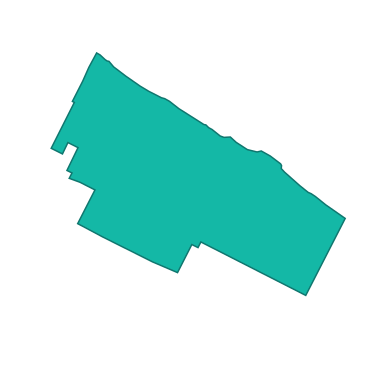 outline of Lincoln, Oregon, United States of America, rotated 117°
{"feature_id": "52423323B15619780159684", "entity_name": "Lincoln", "entity_type": "district", "adm_level": 2, "iso_a3": "USA", "parent_name": "United States of America", "parent_adm1": "Oregon", "projection": "robinson", "projection_center": [-123.957, 44.66], "detail": "fine", "context": "isolated", "style": "filled", "palette": "teal", "viewbox_px": 384, "rotation_deg": 117, "n_neighbors": 0, "source": "geoboundaries", "source_scale": "gbopen_adm2", "svg_char_len": 859}
<svg xmlns="http://www.w3.org/2000/svg" viewBox="0 0 384 384"><g transform="rotate(117 192 192)"><path d="M146.0,43.5L142.7,67.2L140.0,80.0L139.4,85.1L139.6,88.3L137.4,98.9L132.3,118.5L130.6,123.1L127.8,124.2L126.7,125.8L124.4,138.6L124.0,148.9L126.8,152.2L129.1,161.9L127.7,175.2L125.6,182.8L128.8,188.3L129.3,192.3L127.2,202.5L127.1,206.4L125.9,210.1L126.5,212.0L123.7,241.6L121.4,253.3L121.2,258.7L121.9,262.1L121.9,276.3L121.2,286.3L118.8,303.7L116.1,318.6L115.0,321.2L113.3,325.3L113.8,327.1L113.5,329.5L111.6,336.1L111.4,340.1L127.7,340.5L143.0,339.7L165.6,339.7L165.6,337.5L217.0,337.3L216.9,324.7L204.3,325.0L204.2,313.7L229.6,313.2L229.5,307.6L235.6,307.6L234.2,296.4L234.2,279.4L272.1,279.5L272.6,251.1L272.2,195.3L270.4,168.3L238.9,168.3L238.8,161.4L232.5,161.4L232.5,43.7L146.0,43.5Z" fill="#14b8a6" stroke="#0f766e" stroke-width="1.5"/></g></svg>